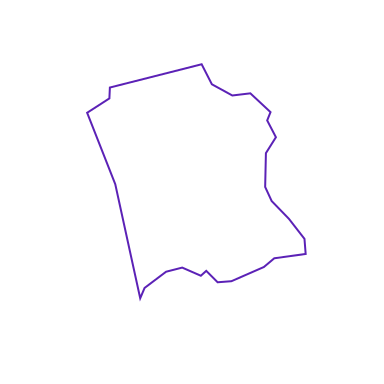 Rappahannock, Virginia, United States of America (Mercator projection), rotated 117°
{"feature_id": "52423323B58437533769243", "entity_name": "Rappahannock", "entity_type": "district", "adm_level": 2, "iso_a3": "USA", "parent_name": "United States of America", "parent_adm1": "Virginia", "projection": "mercator", "projection_center": [-78.153, 38.693], "detail": "fine", "context": "isolated", "style": "outline", "palette": "violet", "viewbox_px": 384, "rotation_deg": 117, "n_neighbors": 0, "source": "geoboundaries", "source_scale": "gbopen_adm2", "svg_char_len": 503}
<svg xmlns="http://www.w3.org/2000/svg" viewBox="0 0 384 384"><g transform="rotate(117 192 192)"><path d="M105.1,142.1L94.1,157.5L85.2,158.3L77.6,184.8L87.7,199.9L87.0,223.2L73.8,241.4L136.2,312.6L146.1,308.1L169.0,321.4L219.9,263.9L284.6,210.9L310.2,189.9L299.0,190.7L274.8,178.9L263.8,166.4L262.6,146.1L255.8,143.5L260.8,128.2L253.6,116.4L226.2,93.9L213.7,88.6L195.6,62.6L182.7,70.5L171.9,93.5L163.9,116.9L154.3,129.1L123.8,143.8L105.1,142.1Z" fill="none" stroke="#5b21b6" stroke-width="2"/></g></svg>